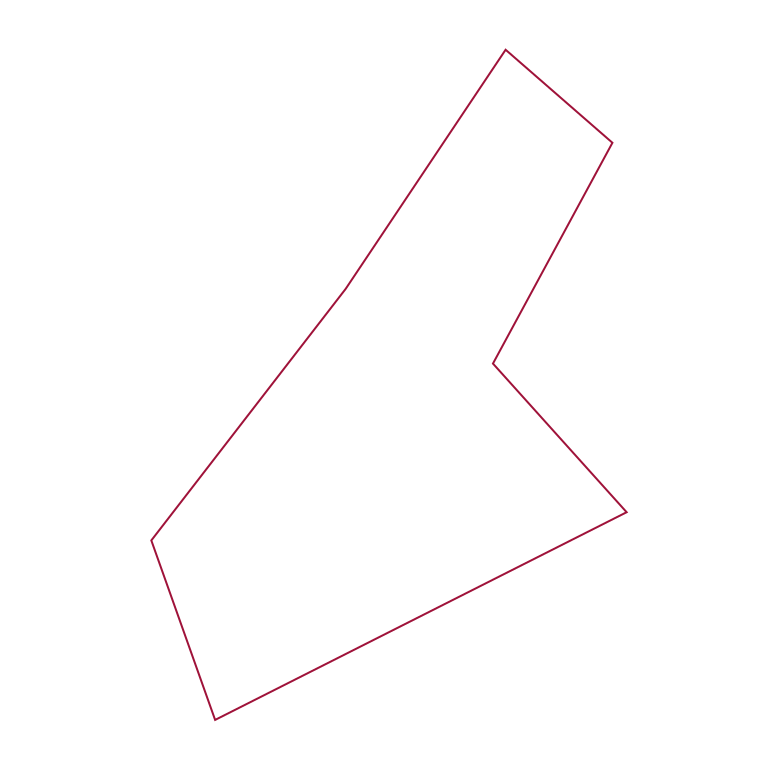 Buena Vista, Virginia, United States of America (Robinson projection), rotated 178°
{"feature_id": "52423323B86095735996061", "entity_name": "Buena Vista", "entity_type": "district", "adm_level": 2, "iso_a3": "USA", "parent_name": "United States of America", "parent_adm1": "Virginia", "projection": "robinson", "projection_center": [-79.361, 37.729], "detail": "fine", "context": "isolated", "style": "outline", "palette": "rose", "viewbox_px": 768, "rotation_deg": 178, "n_neighbors": 0, "source": "geoboundaries", "source_scale": "gbopen_adm2", "svg_char_len": 261}
<svg xmlns="http://www.w3.org/2000/svg" viewBox="0 0 768 768"><g transform="rotate(178 384 384)"><path d="M146.0,247.4L274.4,400.6L147.3,617.1L250.8,713.8L419.0,480.4L622.0,235.8L564.5,54.2L146.0,247.4Z" fill="none" stroke="#9f1239" stroke-width="2"/></g></svg>